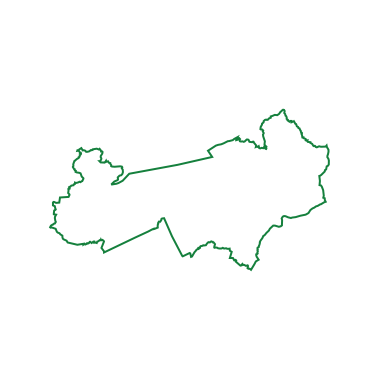 El Plateado de Joaquín Amaro, Zacatecas, Mexico, rotated 237°
{"feature_id": "50627088B59379966693787", "entity_name": "El Plateado de Joaquín Amaro", "entity_type": "district", "adm_level": 2, "iso_a3": "MEX", "parent_name": "Mexico", "parent_adm1": "Zacatecas", "projection": "equal_earth", "projection_center": [-103.037, 22.004], "detail": "fine", "context": "isolated", "style": "outline", "palette": "green", "viewbox_px": 384, "rotation_deg": 237, "n_neighbors": 0, "source": "geoboundaries", "source_scale": "gbopen_adm2", "svg_char_len": 6063}
<svg xmlns="http://www.w3.org/2000/svg" viewBox="0 0 384 384"><g transform="rotate(237 192 192)"><path d="M94.6,199.1L97.4,204.9L99.0,207.7L98.9,211.0L102.6,211.0L104.2,211.5L104.8,212.0L104.5,213.1L104.8,213.7L105.8,213.9L106.5,215.0L107.7,215.2L107.9,215.8L109.3,216.3L109.6,216.8L109.5,218.1L110.4,218.8L110.9,219.7L112.5,221.4L113.0,221.5L113.9,223.0L115.0,225.9L116.3,227.9L116.2,228.4L116.4,230.0L117.1,231.9L117.8,235.5L118.8,237.3L119.6,241.8L118.6,243.3L115.5,245.9L114.9,247.7L115.0,249.2L119.4,252.3L121.0,252.8L121.9,254.7L121.7,256.1L120.7,257.3L118.3,258.9L116.3,260.8L116.0,262.1L114.5,265.2L113.1,269.9L111.1,275.0L110.9,278.2L112.4,281.5L112.6,284.1L112.3,286.1L112.4,288.2L111.9,289.8L111.8,292.9L111.5,293.4L111.4,297.2L111.0,298.8L112.9,299.0L114.5,299.9L115.7,299.0L117.1,300.5L122.1,303.0L125.9,303.8L127.3,303.7L128.3,302.7L131.6,305.3L136.1,307.5L135.9,308.1L135.9,309.6L136.9,314.5L137.9,315.4L137.9,316.8L140.1,318.9L140.0,320.5L140.6,321.7L143.8,323.9L145.6,324.5L147.5,324.5L148.6,325.3L149.6,326.6L151.4,328.4L153.2,329.5L156.2,329.6L157.7,330.2L157.3,328.8L159.7,324.8L161.1,323.5L161.5,321.0L162.4,320.3L163.3,320.4L163.9,320.1L164.1,319.2L164.7,318.9L166.9,319.0L168.8,318.0L169.3,318.4L171.0,316.4L171.7,316.4L172.4,317.0L172.6,316.1L173.4,315.5L173.9,316.1L174.6,316.2L176.4,314.9L177.1,315.3L177.7,314.3L179.9,315.3L180.9,315.4L181.4,315.6L181.4,316.2L181.8,316.4L182.9,316.0L184.3,316.6L184.7,316.4L186.8,316.8L187.6,316.1L188.7,316.4L190.0,315.7L192.2,316.3L192.9,315.8L195.5,316.0L195.8,316.0L195.7,315.6L196.2,314.9L196.2,313.6L196.3,313.3L197.5,314.0L198.1,313.1L197.9,312.0L200.0,311.2L200.3,311.7L201.8,311.2L203.1,312.1L204.5,312.3L205.1,312.0L206.6,312.6L208.0,312.4L209.4,313.8L210.7,313.9L211.4,313.2L211.4,312.2L211.0,310.7L211.1,310.0L210.1,307.6L210.0,305.4L211.6,303.4L212.0,300.9L212.5,299.2L211.4,298.5L211.8,296.9L211.3,295.0L211.6,294.2L211.9,294.2L212.6,293.0L212.7,292.4L212.4,290.7L211.4,289.9L211.2,288.0L210.4,287.4L209.1,285.0L207.4,283.6L206.7,284.0L206.2,284.9L204.8,285.2L204.2,284.3L202.6,284.3L202.1,284.0L201.5,282.8L199.8,282.0L194.8,280.7L192.4,278.7L191.0,278.7L189.5,279.1L189.0,278.4L188.0,278.1L187.7,277.6L188.2,277.2L190.9,277.6L189.8,276.0L189.9,275.6L191.1,274.5L191.4,273.0L192.2,272.3L194.1,272.9L194.0,271.7L194.9,270.7L195.0,270.1L196.0,271.2L199.8,270.8L200.6,271.0L201.0,270.7L201.0,269.6L202.8,267.5L205.0,267.8L205.6,267.4L206.2,266.5L205.7,263.7L205.9,262.7L206.9,262.0L207.7,260.5L208.5,259.8L209.9,260.2L210.2,261.1L211.5,260.9L211.7,260.1L211.0,258.7L211.4,257.3L211.7,257.5L211.8,258.7L212.7,259.3L213.2,260.1L213.5,256.4L213.3,254.4L214.5,250.8L215.1,249.7L215.6,245.0L216.1,242.5L217.3,239.6L217.9,237.3L217.9,227.9L210.4,228.0L222.6,194.8L241.5,149.3L239.2,140.0L239.6,135.1L240.1,133.1L241.9,129.0L242.4,129.1L243.1,132.6L242.5,136.1L242.8,136.8L244.7,137.7L245.2,140.1L244.6,141.8L245.1,143.5L246.3,144.9L248.5,146.1L250.1,146.0L250.7,147.0L251.5,147.0L252.7,145.7L255.3,140.9L256.9,138.8L257.7,138.3L258.6,138.9L260.0,138.8L260.7,139.2L261.9,138.2L263.5,138.3L264.0,136.6L265.0,136.9L264.3,135.3L264.6,134.7L264.4,134.5L266.6,131.5L268.2,131.2L267.8,131.8L268.4,132.6L268.6,133.4L269.6,134.3L271.0,134.4L271.9,135.1L273.1,137.7L274.3,138.8L275.0,138.7L275.5,137.8L276.4,138.2L278.5,138.0L278.3,137.1L280.2,135.7L281.8,132.1L281.4,131.5L281.8,131.2L281.9,129.9L282.2,129.8L282.1,127.8L282.7,126.2L283.4,125.1L284.7,125.0L286.0,124.0L286.4,123.0L289.1,123.1L289.1,120.5L288.7,119.7L289.4,118.7L289.0,118.2L288.5,119.4L286.3,119.6L285.9,119.3L285.5,120.1L284.7,119.9L284.1,119.2L284.1,117.9L283.4,117.6L282.7,116.5L282.9,115.9L282.2,115.3L282.4,113.8L282.0,110.2L281.7,110.1L281.5,109.5L279.9,107.5L278.4,106.7L278.1,105.9L277.9,105.7L275.4,105.6L275.0,106.0L274.0,105.5L273.1,106.1L272.2,105.3L271.2,106.0L269.4,108.0L268.3,108.7L265.0,107.9L262.8,108.4L262.3,108.2L260.9,105.9L261.1,105.3L261.0,103.8L261.9,103.2L262.0,101.8L262.5,100.3L262.8,99.5L263.6,99.0L262.5,98.1L262.8,97.0L262.2,96.3L263.1,94.3L262.7,92.5L263.1,91.9L263.0,91.5L261.7,91.4L261.4,91.1L261.8,89.9L260.4,89.2L258.6,87.6L256.7,87.9L256.3,87.7L255.1,85.8L259.3,78.3L255.4,74.9L256.9,72.1L258.8,70.9L259.1,70.4L258.8,69.6L256.5,68.1L254.8,69.2L252.4,68.3L251.7,68.3L251.4,67.7L251.6,67.1L251.5,66.3L249.1,64.3L248.6,64.0L247.0,65.7L245.9,63.7L244.9,62.8L242.3,61.7L241.1,61.5L240.3,59.9L240.6,59.4L240.4,57.5L240.6,57.3L240.6,55.4L239.7,53.8L239.1,54.0L238.9,54.7L238.1,55.5L235.4,57.6L232.3,57.0L231.1,57.3L229.6,58.4L228.2,58.5L226.0,59.5L224.4,58.6L223.2,58.3L222.3,58.5L219.5,60.3L217.4,60.2L210.2,67.1L207.8,72.5L207.0,72.1L207.1,73.8L206.1,73.9L205.8,75.5L206.2,76.1L205.6,77.0L205.4,77.0L205.3,77.7L205.9,79.1L205.7,79.5L203.9,80.0L204.1,82.3L203.9,82.8L203.6,82.7L203.5,81.8L203.2,82.8L202.7,82.4L202.2,83.4L201.1,84.3L202.0,85.5L201.7,86.5L201.9,88.4L201.5,88.7L201.5,89.3L201.7,89.6L201.1,89.5L200.7,90.0L200.6,90.8L199.2,91.3L198.4,91.2L194.4,85.6L190.2,85.9L189.2,85.3L184.7,119.8L182.7,133.8L182.3,138.3L182.1,139.4L181.9,139.2L181.5,140.3L180.8,143.9L182.1,144.6L183.4,145.7L183.8,146.5L184.4,146.6L185.2,148.1L184.4,149.1L185.1,150.8L186.0,151.6L186.1,152.4L185.2,154.3L165.8,151.1L143.8,149.0L143.1,149.2L142.1,156.8L141.4,157.1L138.1,155.9L137.9,156.9L140.1,161.2L140.8,163.7L141.1,164.2L141.1,165.5L140.7,166.2L141.6,166.6L141.7,166.9L140.9,167.4L140.8,168.3L141.5,168.7L141.8,169.3L141.8,170.1L141.3,170.8L141.2,172.4L140.8,172.6L139.8,174.7L140.6,176.4L141.0,178.4L140.0,179.5L140.2,180.6L139.9,181.5L139.1,181.8L138.8,182.3L138.1,182.2L137.8,182.7L135.7,182.9L134.3,181.2L133.3,180.4L132.9,180.6L132.7,181.4L131.7,182.7L130.6,183.2L129.4,184.6L128.5,186.1L128.4,187.4L127.1,188.1L126.2,190.0L125.3,190.5L124.2,192.1L124.0,192.7L122.1,191.8L120.2,192.7L116.0,187.8L114.3,190.4L112.0,190.2L111.8,190.2L111.6,191.3L111.1,191.7L110.3,191.7L109.8,190.8L103.9,192.5L103.5,193.5L103.9,193.9L104.2,195.1L103.0,195.1L102.4,196.1L100.7,197.0L100.2,198.7L99.4,198.7L97.9,197.1L97.1,197.4L96.9,197.9L96.6,197.9L96.0,198.7L94.6,199.1Z" fill="none" stroke="#15803d" stroke-width="2"/></g></svg>